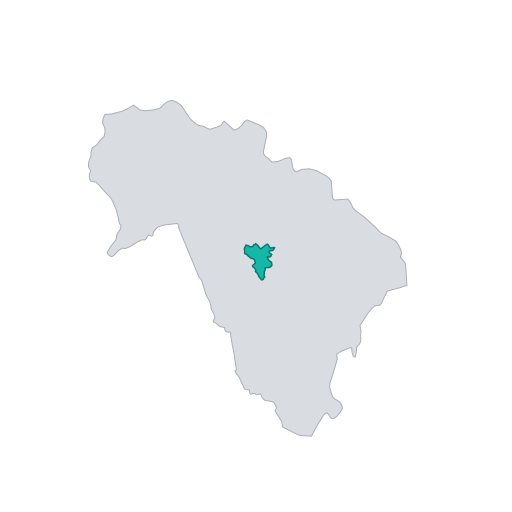 Burkina Faso, with Kadiogo highlighted, rotated 68°
{"feature_id": "BFA-2815", "entity_name": "Kadiogo", "entity_type": "Province", "adm_level": 1, "iso_a3": "BFA", "parent_name": "Burkina Faso", "parent_adm1": "", "projection": "albers", "projection_center": [-1.48, 12.365], "detail": "fine", "context": "in_parent", "style": "filled", "palette": "teal", "viewbox_px": 512, "rotation_deg": 68, "n_neighbors": 0, "source": "natural_earth", "source_scale": "10m", "svg_char_len": 4546}
<svg xmlns="http://www.w3.org/2000/svg" viewBox="0 0 512 512"><g transform="rotate(68 256 256)"><path d="M373.7,316.5L361.5,317.1L357.0,318.4L354.4,318.5L354.3,317.3L353.9,316.7L338.5,313.0L327.7,310.9L316.7,308.4L316.1,310.8L314.5,312.3L312.1,312.4L310.5,312.0L309.4,313.8L307.6,316.2L305.1,317.3L302.6,318.8L301.2,320.1L300.2,320.1L297.6,317.1L294.3,316.8L288.1,317.3L285.3,316.5L281.4,316.1L272.4,316.8L258.0,315.5L255.6,316.2L255.0,316.7L240.7,316.9L225.0,317.0L211.8,317.1L200.3,317.1L200.3,316.6L196.6,316.5L196.1,317.6L192.8,329.6L192.4,336.2L194.1,340.2L196.1,342.8L198.3,343.9L198.5,345.4L196.7,347.3L196.8,349.2L198.9,351.2L199.4,353.3L198.3,355.5L198.6,360.8L200.1,369.2L200.1,374.6L198.6,377.1L199.3,381.3L202.1,387.4L202.6,389.9L201.6,391.1L199.2,392.6L196.8,392.6L194.0,388.9L192.8,387.3L190.6,383.6L188.7,379.9L186.1,378.2L183.6,376.7L180.5,372.0L177.5,369.8L174.4,370.4L169.8,369.5L160.5,368.2L150.5,368.5L146.3,369.5L142.2,371.2L131.8,374.9L127.7,376.7L124.5,381.4L121.0,381.2L117.5,379.7L115.3,377.5L110.5,377.9L106.0,375.8L101.6,371.7L98.4,370.3L94.3,367.3L93.2,361.6L90.6,357.6L88.3,352.1L84.7,349.6L80.6,348.2L74.9,348.4L71.1,346.2L68.2,342.9L69.1,340.2L70.4,336.2L70.7,332.4L71.6,326.3L71.2,318.6L70.2,313.2L73.4,311.0L77.1,309.0L79.4,305.4L81.9,297.2L83.0,290.1L82.3,287.5L81.1,285.4L80.2,282.3L79.7,278.6L80.4,275.3L83.2,272.3L86.7,269.9L89.1,268.7L95.6,267.5L103.7,265.7L108.4,263.7L111.8,261.6L113.8,259.9L115.7,256.5L118.9,253.8L121.3,251.2L121.8,243.7L121.8,239.4L120.0,237.0L119.1,235.0L131.1,229.2L131.2,225.1L129.6,220.4L127.3,216.7L126.5,213.4L129.8,209.7L132.8,206.9L134.9,204.5L139.7,200.8L144.6,199.9L149.0,201.3L162.0,210.1L164.2,210.7L167.0,210.1L170.4,207.8L174.9,206.0L176.6,200.2L176.5,191.7L177.5,187.8L179.9,187.1L187.4,188.8L189.3,188.9L191.5,188.4L193.1,186.9L193.1,184.1L192.7,181.7L195.2,173.8L199.7,167.8L208.8,160.4L211.6,159.0L214.8,158.2L231.0,163.4L233.6,162.1L237.6,149.5L241.9,148.3L247.2,148.1L250.6,147.0L252.4,146.1L260.0,141.3L273.5,134.7L280.8,131.9L282.2,130.9L287.4,126.2L294.3,120.9L298.7,119.8L304.8,119.4L308.6,120.2L309.7,121.7L310.9,122.5L318.8,120.2L330.2,123.8L340.1,127.2L339.5,129.5L339.4,133.5L338.6,139.7L337.7,147.3L341.8,152.1L346.7,157.3L348.0,159.4L346.8,164.5L347.7,167.6L350.3,172.6L354.7,178.9L359.3,185.5L362.4,186.4L365.4,186.9L367.2,188.0L369.8,189.1L372.5,189.9L374.8,191.3L376.2,192.7L378.2,196.7L383.3,199.4L386.8,202.0L385.4,203.4L381.0,202.9L376.8,201.7L376.3,203.7L376.2,211.1L376.9,217.3L377.9,218.2L382.1,219.3L392.2,227.2L401.3,234.8L404.4,236.7L409.4,237.4L415.0,237.7L417.4,236.9L422.8,233.0L425.7,232.6L428.3,232.6L429.8,233.2L432.4,236.3L434.9,241.0L435.7,244.5L435.5,246.4L434.7,247.1L430.2,248.1L428.3,248.8L427.8,249.9L428.5,252.2L429.4,253.7L434.4,260.5L441.6,269.6L443.8,271.9L442.6,274.7L439.1,281.9L436.5,285.0L424.7,295.3L418.9,294.2L406.7,296.4L404.8,294.1L402.0,293.8L398.5,294.3L397.2,295.2L396.8,296.2L395.6,297.6L393.4,301.7L391.6,302.7L389.5,303.4L386.8,303.3L385.2,303.8L385.2,305.8L384.8,307.6L383.0,308.5L382.3,310.4L382.4,312.4L381.4,313.2L379.1,312.8L377.7,312.3L376.4,314.8L374.9,316.5L373.7,316.5Z" fill="#d9dde1" stroke="#a8b0b8" stroke-width="1"/><path d="M278.7,255.7L278.8,256.6L279.1,257.1L279.4,257.3L279.8,257.3L280.1,257.6L280.3,258.0L280.4,258.3L280.4,259.4L279.8,260.0L278.3,260.3L277.1,260.8L276.2,261.0L274.2,261.0L272.2,261.4L270.9,262.0L270.1,262.3L268.9,261.4L267.9,261.5L266.7,261.9L265.7,262.4L264.7,263.0L263.9,263.0L263.4,262.3L262.4,259.5L261.6,258.9L261.0,259.0L260.5,259.0L259.9,258.9L259.0,259.0L257.8,259.4L257.1,260.2L256.4,261.4L255.5,261.9L254.4,262.3L253.2,263.2L252.2,263.6L251.2,263.9L249.6,265.5L248.9,265.5L248.1,264.9L247.1,264.5L246.8,264.5L245.3,264.3L244.5,263.8L242.2,261.2L242.8,260.3L244.0,259.0L245.1,258.1L245.6,257.5L245.8,256.7L245.9,255.7L245.7,254.9L244.8,254.0L244.8,253.1L245.0,252.1L244.6,251.7L245.0,251.4L246.9,250.4L249.8,249.6L251.2,249.0L251.0,248.2L249.2,241.8L249.3,241.0L249.9,240.7L250.8,240.4L252.2,240.2L253.0,240.1L254.0,239.6L254.3,238.5L254.5,237.3L254.9,236.3L255.2,235.7L255.7,236.1L256.4,237.0L257.0,238.1L257.1,239.1L256.6,240.0L256.4,241.2L256.7,242.2L257.4,242.4L258.7,242.0L259.8,241.3L260.5,240.9L261.3,241.9L261.9,242.5L262.1,243.5L261.8,244.2L260.9,245.5L261.0,246.0L264.6,245.8L265.6,245.5L266.6,244.5L267.3,244.2L267.9,244.0L268.5,244.2L270.6,244.7L271.2,245.8L271.6,247.1L271.5,248.4L270.7,250.4L270.6,251.3L270.6,252.1L271.2,252.2L272.6,252.9L273.7,254.3L274.4,254.4L277.5,256.0L278.7,255.7Z" fill="#14b8a6" stroke="#0f766e" stroke-width="1.5"/></g></svg>